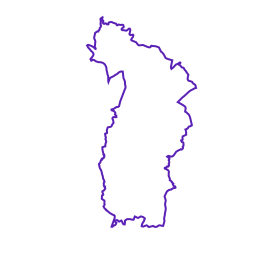 Marovoay, Boeny, Madagascar (orthographic projection), rotated 106°
{"feature_id": "10022922B7387017022835", "entity_name": "Marovoay", "entity_type": "district", "adm_level": 2, "iso_a3": "MDG", "parent_name": "Madagascar", "parent_adm1": "Boeny", "projection": "orthographic", "projection_center": [46.607, -16.229], "detail": "fine", "context": "isolated", "style": "outline", "palette": "violet", "viewbox_px": 256, "rotation_deg": 106, "n_neighbors": 0, "source": "geoboundaries", "source_scale": "gbopen_adm2", "svg_char_len": 5763}
<svg xmlns="http://www.w3.org/2000/svg" viewBox="0 0 256 256"><g transform="rotate(106 128 128)"><path d="M227.4,116.6L227.3,115.9L227.1,115.6L225.6,115.1L225.4,114.2L224.8,113.6L223.1,113.0L222.4,113.0L221.7,114.4L221.3,114.7L220.6,114.6L219.8,113.8L219.5,112.9L220.0,111.7L220.4,111.3L220.3,110.5L219.2,109.4L218.8,108.8L220.3,107.3L221.3,106.6L221.8,105.5L221.6,104.6L219.6,104.9L218.1,105.4L217.1,104.9L215.8,103.6L215.1,101.0L214.8,97.7L214.6,97.4L214.3,97.3L211.2,97.1L211.2,96.3L211.7,94.3L211.6,93.4L209.4,91.2L209.4,89.8L209.5,88.7L210.1,87.2L210.5,86.8L211.9,87.1L212.7,86.9L215.9,87.9L218.5,87.9L218.7,87.3L218.5,86.1L216.5,83.5L216.6,82.4L217.3,81.3L217.4,80.5L216.5,79.2L216.0,78.0L215.2,76.9L215.6,75.3L215.5,74.2L214.7,72.7L213.4,71.8L212.9,71.1L212.6,68.4L212.5,68.2L212.6,67.4L211.6,67.2L207.2,67.3L205.9,68.1L204.4,68.4L201.0,68.7L199.5,69.1L198.8,69.0L195.8,69.3L193.8,70.0L191.9,71.1L190.2,71.5L187.3,71.7L185.0,73.1L184.2,73.8L183.6,74.0L178.8,73.2L177.6,72.7L177.1,72.1L176.5,71.8L175.5,70.2L175.4,69.7L174.3,68.7L173.5,68.2L173.1,67.2L172.6,66.6L172.6,66.2L172.2,65.9L171.2,66.6L171.3,67.5L170.9,68.4L170.5,68.6L169.9,69.3L169.0,69.1L168.8,69.9L167.9,70.5L167.9,70.8L168.0,71.1L167.3,71.6L166.8,72.7L166.7,73.4L166.0,73.5L164.8,74.1L162.7,75.8L162.0,75.8L161.1,76.2L158.9,76.6L158.2,77.0L157.5,77.9L156.9,80.5L156.9,81.3L156.5,81.7L156.1,81.6L155.5,80.8L155.2,80.0L154.3,79.9L154.0,79.7L153.9,78.6L152.6,78.2L151.0,79.1L150.6,78.8L149.5,78.9L148.1,79.6L147.6,80.1L146.4,79.6L145.9,80.2L145.3,80.2L145.1,80.5L145.1,81.9L144.7,82.5L143.6,81.3L143.5,80.9L143.8,79.1L143.0,77.5L141.9,76.6L137.5,75.1L135.5,73.2L134.5,71.9L133.9,71.5L133.9,70.4L133.2,69.9L132.2,69.6L131.1,70.2L130.6,69.9L130.2,70.0L129.5,69.8L127.1,70.6L126.6,71.0L126.7,72.1L126.2,72.9L125.3,73.5L124.7,72.5L124.1,72.3L122.2,73.0L121.0,73.1L118.4,70.2L115.5,71.2L114.2,71.9L113.6,72.4L113.0,71.6L112.6,71.3L112.4,70.8L111.6,70.4L110.5,70.2L109.9,69.8L109.4,68.9L108.7,68.4L108.3,67.6L108.0,67.4L107.6,67.4L100.8,71.2L99.1,72.5L98.1,73.5L97.7,74.8L97.0,75.7L96.5,77.6L93.2,78.0L91.8,78.8L90.9,81.2L89.4,87.3L83.6,84.1L82.0,82.9L76.4,79.5L74.7,78.2L73.3,76.7L71.9,75.3L70.7,73.6L69.8,74.3L68.8,74.6L68.2,75.1L67.5,76.5L67.4,77.2L66.7,78.4L66.0,79.0L65.8,80.6L65.9,82.3L65.7,83.1L65.2,83.7L64.5,84.2L63.0,84.5L60.3,84.6L58.3,87.0L57.3,88.1L56.5,89.5L55.1,90.8L54.8,91.5L54.9,93.0L53.2,95.5L53.1,96.5L52.4,96.5L51.2,95.6L50.8,95.6L50.7,95.7L50.7,96.1L50.9,96.5L52.2,97.4L53.8,99.4L57.1,101.1L59.2,102.5L58.5,103.1L57.3,103.6L50.7,104.1L50.7,108.2L50.5,110.5L50.3,111.2L47.3,114.0L46.3,115.5L45.8,116.4L45.7,116.9L45.1,117.7L42.0,120.5L41.8,123.6L42.1,125.7L42.4,126.9L42.5,128.3L43.0,128.6L44.0,128.7L44.6,129.5L44.7,131.4L44.1,136.4L45.5,140.2L45.5,140.8L45.0,141.7L43.3,143.9L42.9,148.0L42.7,148.9L42.4,149.3L41.5,149.2L39.2,148.4L37.3,148.4L36.9,149.1L38.0,151.1L37.9,151.8L37.7,152.2L37.0,152.6L36.3,152.5L33.6,152.7L32.5,153.1L32.0,153.7L32.1,154.2L32.2,154.4L34.4,155.9L35.0,156.6L35.1,158.8L35.5,160.4L35.2,161.2L34.3,161.4L33.7,161.1L32.4,160.0L31.9,160.0L30.6,160.7L30.3,161.1L30.3,162.0L31.0,163.5L31.2,165.8L32.0,166.3L32.3,166.7L32.2,167.1L31.0,168.3L31.0,170.8L30.6,172.9L31.5,175.1L32.4,175.7L32.9,175.8L33.5,175.4L33.9,175.6L34.2,176.6L33.7,177.6L33.6,178.5L33.7,179.0L34.4,179.4L34.5,179.9L34.2,180.8L33.3,181.2L31.9,181.2L30.7,183.0L30.2,183.2L28.9,182.8L28.6,183.0L30.4,184.5L30.9,184.5L31.8,184.2L32.8,183.3L33.7,183.5L34.3,183.2L34.9,183.3L35.5,182.8L36.2,182.9L37.2,182.1L38.4,182.1L39.6,182.7L40.8,182.5L41.6,182.6L42.4,183.2L43.4,183.1L44.0,184.6L45.3,185.4L45.7,185.8L50.6,185.4L51.4,185.1L52.4,184.1L53.6,183.3L57.8,182.5L59.0,182.5L60.4,181.0L60.9,181.0L60.8,181.7L60.4,182.2L59.8,183.3L59.2,185.8L59.0,189.1L59.4,189.7L60.0,190.1L61.6,188.5L62.8,186.5L64.0,184.9L65.0,182.8L66.0,181.7L67.0,181.4L68.2,181.5L69.6,182.0L72.1,183.1L73.4,181.9L73.3,181.5L72.2,180.9L72.0,179.6L72.1,179.0L72.8,177.1L72.8,174.2L72.3,172.6L72.3,170.3L72.7,169.0L73.3,167.7L75.6,165.6L78.4,164.5L80.6,163.2L81.8,162.7L83.7,161.3L88.4,159.9L89.1,159.5L84.9,159.1L81.8,155.8L80.6,155.0L79.3,153.5L76.8,151.9L75.6,150.3L75.2,148.6L81.3,146.1L83.9,143.9L86.8,142.9L89.2,141.6L90.9,141.5L91.6,141.7L104.4,142.8L109.6,142.6L110.3,143.2L110.8,144.1L110.8,144.5L111.4,145.2L113.2,146.7L114.2,148.0L114.8,149.0L115.1,148.9L115.5,148.5L115.6,146.0L116.9,144.4L117.2,144.2L118.6,144.3L119.3,143.3L119.3,142.7L119.9,142.7L120.7,142.2L121.0,142.7L121.3,144.2L121.6,145.2L122.3,145.5L123.3,145.6L124.6,144.4L125.7,144.0L127.0,143.3L128.9,144.1L130.7,144.3L131.1,144.5L131.9,145.4L132.7,147.3L133.3,147.7L136.5,147.7L137.6,147.0L138.6,146.8L138.9,147.0L139.6,148.3L140.1,148.5L140.9,147.9L142.1,147.5L142.8,146.8L143.8,146.5L144.7,146.7L146.9,145.3L147.4,145.1L148.9,145.3L150.7,145.1L151.8,144.7L152.0,144.8L152.1,145.5L152.9,146.2L153.2,146.9L153.5,147.3L154.2,147.2L155.8,146.6L158.8,145.0L159.6,144.4L160.1,143.5L160.7,143.3L160.8,143.9L161.4,143.5L161.6,143.1L162.2,142.8L163.1,142.9L163.7,143.6L164.6,143.8L164.8,144.0L164.8,144.7L165.3,144.8L166.1,144.5L166.6,145.1L167.0,145.2L167.6,145.1L168.9,145.2L169.6,145.4L170.0,145.8L170.3,145.9L171.4,145.8L172.0,145.1L173.3,144.7L174.7,143.7L175.8,142.4L177.7,141.1L179.5,140.2L181.4,138.9L183.5,138.0L184.5,136.9L186.1,135.8L186.4,135.8L186.5,136.0L187.2,136.2L189.6,135.5L190.7,134.8L190.6,134.0L191.6,133.9L192.2,133.2L192.6,133.2L193.0,133.5L193.6,133.4L194.5,134.0L195.0,134.1L195.7,135.1L196.5,135.1L198.3,133.7L199.0,133.4L199.7,133.9L199.9,134.3L203.3,133.7L204.2,131.0L204.4,130.6L204.9,130.4L206.5,130.1L208.2,129.3L210.2,129.9L211.4,128.7L212.0,127.9L212.5,126.5L213.2,126.2L213.3,125.2L214.7,122.1L215.3,119.9L215.7,117.9L215.6,117.3L216.2,116.5L218.1,116.0L227.4,116.6Z" fill="none" stroke="#5b21b6" stroke-width="2"/></g></svg>